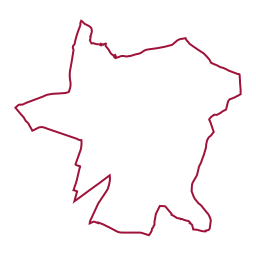 the district of Dijk en Waard, Noord-Holland, Netherlands
{"feature_id": "6326949B1679798000878", "entity_name": "Dijk en Waard", "entity_type": "district", "adm_level": 2, "iso_a3": "NLD", "parent_name": "Netherlands", "parent_adm1": "Noord-Holland", "projection": "mercator", "projection_center": [4.81, 52.682], "detail": "fine", "context": "isolated", "style": "outline", "palette": "rose", "viewbox_px": 256, "rotation_deg": 0, "n_neighbors": 0, "source": "geoboundaries", "source_scale": "gbopen_adm2", "svg_char_len": 5426}
<svg xmlns="http://www.w3.org/2000/svg" viewBox="0 0 256 256"><path d="M205.7,231.3L205.6,230.7L208.7,229.9L208.9,229.7L209.1,229.5L209.4,229.1L209.5,228.9L209.8,228.0L210.8,220.6L210.8,220.3L210.1,218.1L210.0,217.8L210.0,217.6L209.8,217.2L209.7,217.0L208.8,215.1L208.4,214.3L207.7,213.5L203.4,208.3L202.9,207.7L201.5,205.8L200.7,205.1L200.1,204.5L199.6,204.2L198.3,203.1L194.8,198.8L193.7,196.7L191.6,191.1L191.7,189.7L192.0,184.9L192.3,183.5L193.5,181.2L196.7,175.7L197.0,175.0L198.6,168.5L198.7,167.8L198.9,166.7L199.1,166.4L200.6,163.5L201.1,162.4L202.5,158.3L203.4,156.0L204.0,154.3L204.3,153.3L204.9,151.1L205.2,150.2L205.8,148.3L206.1,146.7L206.1,145.0L206.3,143.9L206.5,143.1L206.9,141.1L207.2,140.2L208.4,137.9L208.8,137.4L209.3,136.9L210.4,136.0L211.1,135.4L213.3,132.5L213.6,132.3L213.6,131.6L212.0,126.9L210.6,122.7L210.4,122.4L209.6,120.2L209.2,119.8L209.3,119.6L209.5,118.8L209.6,118.6L210.6,117.6L211.4,116.7L213.3,115.4L213.6,115.0L214.5,114.7L216.8,114.9L217.0,114.8L220.7,112.8L222.5,111.4L222.9,111.1L225.9,109.7L226.0,109.5L226.4,108.3L227.0,105.7L227.9,102.1L228.0,101.7L228.2,101.3L229.5,99.5L229.7,99.3L231.7,98.6L235.1,97.2L236.6,96.3L238.2,95.6L239.9,94.6L240.6,94.2L240.6,93.7L240.6,91.6L240.6,90.8L240.6,89.8L240.6,89.1L240.3,86.0L240.2,84.8L240.0,82.0L240.0,80.7L239.8,78.0L239.7,77.3L239.7,76.0L239.6,74.7L239.5,74.4L239.3,74.2L238.8,74.1L237.3,74.0L236.9,73.7L236.5,73.5L235.8,73.3L232.1,71.9L228.7,70.6L227.7,70.0L226.1,69.2L222.5,67.6L222.1,67.5L221.1,67.4L220.4,67.2L219.8,66.9L218.0,65.8L212.1,63.3L211.7,63.1L211.0,62.7L210.8,62.4L209.8,60.3L209.5,59.7L208.4,58.4L206.1,55.8L203.9,53.6L203.7,53.3L202.0,52.3L200.6,51.4L196.5,48.7L195.3,47.8L193.9,46.9L189.7,43.9L189.0,43.2L188.2,41.9L187.5,41.3L186.2,39.7L185.8,39.0L185.6,38.2L180.2,39.1L179.2,39.5L178.2,39.9L177.2,40.5L176.8,40.8L175.4,42.1L175.0,42.3L172.8,44.3L171.9,44.9L169.7,45.5L166.2,46.4L163.5,47.0L157.1,48.2L147.1,49.6L146.4,49.8L145.3,50.1L144.4,50.6L142.9,51.5L141.8,52.3L140.7,53.0L139.1,53.6L135.2,54.5L131.0,55.8L129.3,56.1L128.4,56.1L127.9,56.3L126.8,56.5L126.4,56.5L125.9,56.4L123.6,56.0L123.0,56.0L122.1,56.0L121.1,56.1L120.8,56.2L118.5,57.1L117.2,57.5L115.7,58.1L115.1,57.8L114.7,57.6L114.4,57.2L114.2,56.8L115.7,56.2L115.1,54.9L113.3,55.5L113.1,55.3L111.9,54.4L111.4,53.9L110.2,52.5L109.8,51.6L109.5,51.1L109.1,50.7L108.8,49.9L108.5,49.5L106.7,47.2L105.8,46.3L105.7,46.0L105.6,45.7L105.6,44.9L105.9,43.7L105.6,43.6L103.7,44.3L103.4,44.3L103.2,44.3L103.1,44.6L101.2,43.9L101.3,44.8L101.3,45.3L101.0,45.3L100.7,45.3L99.6,44.5L99.3,44.3L96.8,44.2L96.2,44.1L95.2,43.8L93.5,43.2L93.4,43.2L91.8,43.4L91.5,43.4L91.4,43.2L90.7,42.0L89.9,40.2L89.9,39.9L90.3,39.2L90.5,37.6L90.6,37.4L90.4,37.2L90.3,36.9L90.2,36.6L90.3,36.4L90.6,36.2L90.8,35.4L91.5,33.1L91.7,32.1L91.8,31.6L91.8,31.2L91.8,30.5L91.5,29.1L91.4,28.2L90.8,27.5L89.6,26.5L88.8,25.9L87.6,25.3L84.9,24.0L84.1,23.4L82.7,21.9L82.2,21.5L81.2,20.8L80.3,23.1L80.4,23.5L80.5,24.2L80.4,24.7L80.2,25.4L79.9,26.5L79.7,26.9L79.4,27.8L77.7,32.3L76.4,36.5L76.0,38.0L75.5,39.8L74.6,43.9L74.4,44.3L74.2,44.6L73.6,45.3L73.2,45.8L73.1,46.1L73.0,46.5L72.8,47.5L72.8,47.9L73.0,48.3L73.4,49.3L73.5,49.6L73.5,50.1L72.1,59.1L70.4,68.9L70.0,70.7L69.8,73.1L69.7,74.5L69.7,75.2L69.8,77.8L70.2,80.7L70.5,82.5L70.5,83.6L70.6,84.5L70.5,85.7L70.3,86.8L70.1,88.0L69.2,90.7L69.1,91.2L69.1,91.6L68.1,92.2L67.2,92.5L65.9,92.9L65.4,93.0L58.6,93.5L56.2,93.6L52.8,93.8L48.5,94.5L47.0,94.8L46.2,95.1L43.5,96.3L42.1,96.9L26.3,102.8L24.6,103.6L22.6,104.6L22.2,104.5L21.3,104.7L20.9,104.7L19.8,104.6L19.1,104.7L18.9,104.8L18.7,104.9L18.2,105.2L15.4,107.7L21.0,114.4L22.4,115.9L23.6,117.2L23.9,117.7L25.7,120.9L26.5,121.6L27.1,122.1L27.9,123.0L28.5,123.7L28.9,124.4L29.1,124.9L30.0,126.6L31.2,128.5L32.3,130.7L34.1,129.9L38.4,127.7L39.1,127.4L40.1,127.2L41.0,127.1L41.6,127.1L42.9,127.2L44.1,127.5L46.1,128.2L47.3,128.7L51.7,130.2L59.6,132.9L76.6,138.7L77.2,138.9L78.0,139.5L79.8,140.1L81.4,140.1L81.5,141.8L81.5,144.0L81.3,146.4L80.9,148.8L80.8,149.4L80.4,150.5L75.5,164.3L75.7,164.7L75.9,164.8L76.4,165.1L79.2,166.1L79.6,166.2L79.8,166.1L80.1,166.5L80.1,167.0L79.9,167.5L79.6,168.2L77.4,177.5L76.8,180.2L76.3,181.8L76.3,182.1L75.6,184.1L75.2,185.2L73.5,190.2L74.1,190.3L75.7,190.8L77.1,191.4L74.4,201.2L75.7,200.2L75.6,200.4L76.1,200.1L89.1,190.5L97.4,184.5L98.7,183.6L109.7,175.3L109.9,177.4L109.9,178.0L109.9,179.9L109.8,180.9L109.5,182.3L109.0,185.0L108.6,186.2L107.8,188.7L107.3,189.9L107.0,190.3L98.2,203.5L90.6,220.0L90.1,221.1L89.8,222.5L89.7,223.4L93.0,221.9L93.6,221.7L94.1,221.7L94.8,221.9L98.1,223.1L98.2,222.5L103.0,224.3L109.2,227.4L109.2,227.6L109.3,227.4L117.4,231.7L119.4,232.3L120.5,232.5L124.4,232.6L133.8,232.6L140.3,232.6L140.9,232.7L141.8,232.9L148.9,235.2L149.9,233.9L151.1,232.0L151.7,230.6L151.8,230.0L152.0,228.8L153.2,227.2L153.5,226.5L153.5,226.2L154.4,224.9L154.5,224.6L154.5,224.1L154.5,223.5L154.5,222.9L154.5,222.2L154.5,221.2L154.6,220.8L154.9,219.8L155.3,217.2L155.7,214.9L155.9,213.8L156.0,213.6L159.8,206.0L164.6,206.2L164.8,206.2L165.4,206.5L171.0,213.2L171.6,214.0L171.5,214.5L171.5,214.8L172.6,215.3L173.3,215.7L177.2,218.1L180.0,218.5L180.4,219.0L180.6,219.2L181.0,219.0L181.5,219.0L182.6,219.2L184.2,220.0L188.5,221.1L188.9,221.3L190.1,222.6L189.7,223.1L189.9,223.3L190.8,223.8L191.5,224.3L191.8,224.5L192.0,224.8L192.3,225.6L193.0,228.3L193.2,229.4L196.3,229.7L197.7,229.9L200.3,230.7L203.8,231.4L205.7,231.3Z" fill="none" stroke="#9f1239" stroke-width="2"/></svg>